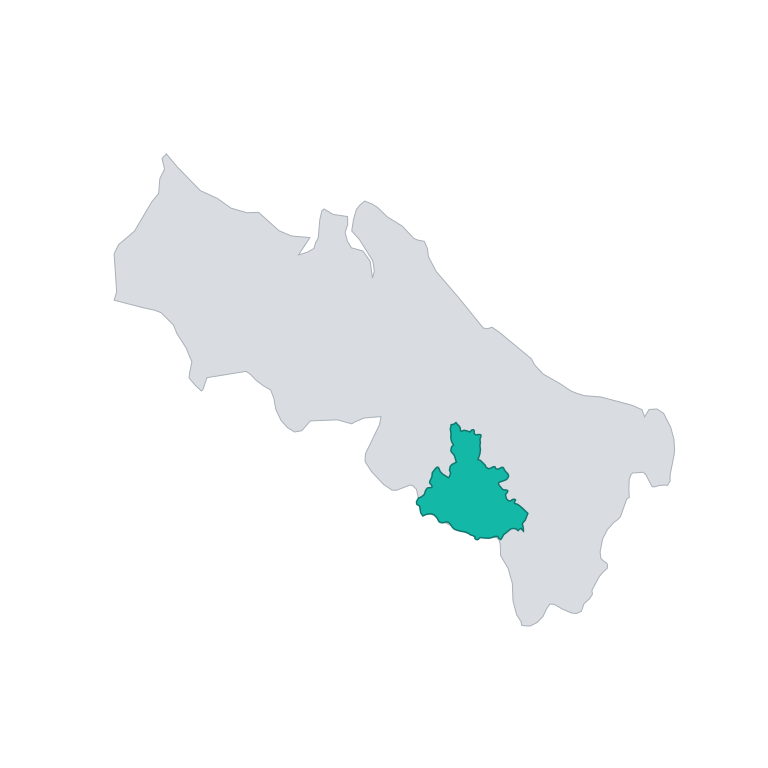 where Guarda sits in Portugal, rotated 116°
{"feature_id": "PRT-753", "entity_name": "Guarda", "entity_type": "District", "adm_level": 1, "iso_a3": "PRT", "parent_name": "Portugal", "parent_adm1": "", "projection": "robinson", "projection_center": [-7.291, 40.712], "detail": "fine", "context": "in_parent", "style": "filled", "palette": "teal", "viewbox_px": 768, "rotation_deg": 116, "n_neighbors": 0, "source": "natural_earth", "source_scale": "10m", "svg_char_len": 5179}
<svg xmlns="http://www.w3.org/2000/svg" viewBox="0 0 768 768"><g transform="rotate(116 384 384)"><path d="M297.4,107.2L306.4,99.3L315.3,94.2L320.2,92.3L340.6,86.9L345.9,84.3L350.9,84.8L351.8,87.3L354.6,92.3L357.9,95.7L358.7,98.2L350.8,108.8L349.7,112.4L353.8,119.3L354.5,121.2L356.5,122.2L362.0,121.9L371.8,117.5L378.5,113.8L380.8,115.4L400.1,113.3L404.6,115.0L407.7,116.8L417.1,119.4L427.5,119.6L440.3,116.1L445.8,112.5L446.9,108.5L447.2,105.5L448.8,103.6L451.8,102.5L456.3,104.5L462.8,106.1L478.4,106.7L481.5,104.5L486.8,105.1L493.7,107.9L501.8,107.0L505.9,110.4L507.6,114.9L508.1,124.8L507.5,134.7L509.1,138.4L514.6,139.3L523.4,139.2L531.4,141.9L537.5,146.6L539.6,151.4L540.5,154.7L537.5,156.6L533.2,163.7L522.5,172.9L507.0,181.2L495.3,191.6L487.1,204.0L477.0,209.3L473.9,212.1L472.6,215.5L479.4,230.7L481.5,242.4L483.2,256.8L482.1,260.8L481.6,276.6L480.0,281.2L480.4,285.0L482.9,289.0L484.1,292.9L479.4,297.8L470.9,303.5L464.5,308.6L462.8,313.3L463.3,316.2L474.0,326.2L475.9,330.2L474.5,340.1L468.4,356.4L462.5,366.3L461.5,367.3L454.7,370.1L422.5,370.2L414.7,372.4L415.8,374.4L423.4,387.1L431.3,393.9L433.9,395.4L436.7,410.3L449.5,434.1L462.0,437.4L466.3,443.3L465.5,451.7L461.7,460.8L454.1,470.2L445.0,476.8L439.0,483.4L438.6,491.0L436.7,500.7L433.8,508.4L433.1,513.5L455.9,545.9L468.6,544.3L470.3,545.1L468.0,552.8L464.0,561.9L459.2,563.6L448.3,566.4L438.0,578.1L429.6,592.1L423.3,599.0L417.6,615.7L418.3,622.9L421.1,634.1L427.0,663.3L418.5,664.6L385.4,683.6L375.2,683.7L356.1,675.3L322.4,672.6L311.4,670.1L297.7,675.5L287.1,675.4L278.6,682.4L272.6,680.5L279.6,664.8L290.7,633.8L290.3,614.9L293.0,598.4L290.1,582.1L284.7,572.0L292.3,545.6L291.5,532.0L284.9,514.8L305.4,517.4L299.1,510.6L292.9,506.4L286.8,507.4L281.7,507.1L264.2,513.8L255.4,515.8L252.9,514.6L253.9,504.0L249.5,490.2L256.5,486.5L264.6,485.5L271.6,479.6L275.9,473.0L273.7,461.3L279.8,450.2L293.9,440.8L286.6,442.2L278.2,448.1L265.0,469.3L260.6,480.1L249.3,483.6L239.3,485.3L234.1,484.2L228.0,481.5L227.5,473.5L228.1,467.2L232.3,454.6L234.1,436.8L240.1,420.9L239.8,416.6L238.1,410.3L243.5,404.1L250.0,400.0L260.0,386.4L274.1,353.8L290.2,319.3L288.9,315.1L285.6,311.9L287.0,302.7L296.8,262.4L300.8,257.1L305.3,245.3L306.5,226.2L308.3,213.1L307.9,206.5L306.6,198.6L300.6,183.5L294.4,151.5L294.0,140.8L299.3,135.4L290.7,134.6L286.8,127.7L287.8,119.8L297.4,107.2Z" fill="#d9dde1" stroke="#a8b0b8" stroke-width="1"/><path d="M477.9,300.3L477.9,301.2L477.6,301.9L475.8,303.1L474.0,303.2L472.1,303.0L471.5,303.1L471.4,303.1L471.0,302.7L470.1,301.7L468.6,300.7L466.2,299.6L465.6,299.5L464.6,299.4L463.1,299.8L460.9,299.9L458.7,299.5L457.9,298.8L457.0,297.2L456.6,296.4L456.0,295.9L455.4,295.7L454.4,296.5L453.8,297.4L453.4,298.3L453.2,299.1L452.5,299.8L451.2,300.2L446.7,300.2L442.4,301.7L440.0,301.2L437.9,300.8L436.9,300.4L436.3,300.3L435.7,300.0L435.3,299.6L435.2,298.9L435.5,298.0L436.5,296.8L437.3,296.0L438.0,295.1L439.2,292.0L440.0,285.1L438.9,284.7L438.2,284.6L436.5,284.8L435.6,285.0L434.8,285.1L432.7,287.4L429.7,288.2L428.6,288.3L426.4,287.6L422.6,284.7L417.8,289.0L416.5,291.1L416.3,291.9L415.6,293.5L415.0,294.3L414.0,295.0L410.8,295.7L408.4,294.8L406.6,297.4L404.5,299.4L402.0,300.9L399.4,301.9L395.8,304.4L394.7,304.9L393.1,305.1L391.2,305.8L389.7,303.8L387.1,302.4L388.2,300.1L388.7,298.3L389.4,297.1L390.2,296.2L392.4,294.7L392.6,293.9L392.3,293.3L390.9,292.2L390.3,291.3L389.5,287.1L389.6,286.0L389.1,285.5L387.4,285.2L386.6,284.7L385.9,283.5L386.2,282.7L386.9,282.2L387.7,281.9L388.5,281.5L389.1,280.7L389.5,279.7L389.3,278.8L388.8,278.0L388.2,277.5L387.2,274.9L388.2,274.0L391.0,273.6L392.0,273.3L394.6,271.6L397.4,270.8L400.4,268.7L404.4,267.3L410.8,266.3L410.4,263.9L412.6,257.4L414.0,256.0L414.4,253.1L412.8,251.1L410.7,249.8L409.7,248.1L410.8,246.8L411.0,246.2L411.0,245.3L410.7,244.6L410.2,243.8L407.8,242.1L407.0,241.2L406.9,240.3L407.2,239.6L408.3,238.2L409.4,236.3L410.5,233.2L410.9,232.7L411.6,232.0L412.7,231.5L415.1,231.7L416.0,232.0L417.4,233.0L420.6,236.2L421.2,236.7L421.9,237.5L423.4,237.5L424.4,236.3L426.6,231.6L426.7,230.3L426.4,229.2L425.9,228.5L425.5,226.2L426.7,225.6L430.3,226.3L433.3,223.8L434.2,221.8L434.2,220.5L434.0,219.6L433.5,218.9L432.7,218.6L431.9,218.1L431.0,217.4L430.4,216.1L430.3,215.4L430.6,214.9L432.9,215.0L434.1,214.2L433.6,211.1L434.0,208.9L434.8,205.5L437.2,198.0L444.6,197.4L447.7,198.3L449.6,198.2L450.5,197.0L454.1,194.6L455.1,194.2L454.2,196.7L453.8,197.4L454.2,197.9L454.8,198.4L455.4,198.7L456.1,198.9L457.0,199.2L456.9,200.0L456.5,201.1L456.4,202.1L456.9,203.7L457.6,205.2L458.7,206.5L467.0,210.4L471.1,210.6L472.6,210.9L472.7,211.0L472.3,213.2L471.3,214.7L471.5,216.1L472.4,217.5L475.4,220.4L476.8,222.5L478.8,227.2L479.6,229.7L480.4,230.6L481.8,231.0L482.9,231.6L483.4,233.2L483.0,234.6L481.4,235.1L481.3,238.1L481.4,238.8L481.7,240.0L481.6,240.7L481.4,241.3L481.2,242.5L481.2,244.7L481.4,246.4L482.6,250.2L483.4,254.1L483.6,256.1L483.6,257.5L482.9,259.5L480.7,263.3L480.2,265.1L480.4,267.1L481.2,268.3L482.3,269.4L483.3,270.9L483.8,273.0L483.5,274.4L481.3,277.3L479.6,281.4L480.1,285.2L482.3,288.5L485.6,291.3L483.9,294.1L483.1,295.0L478.9,297.8L478.3,298.4L478.0,299.3L477.9,300.3Z" fill="#14b8a6" stroke="#0f766e" stroke-width="1.5"/></g></svg>